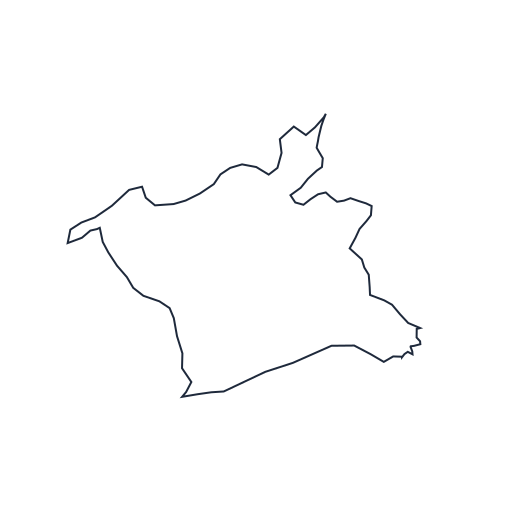 Xylotymvou, Cyprus, rotated 289°
{"feature_id": "46923920B99572561458404", "entity_name": "Xylotymvou", "entity_type": "district", "adm_level": 2, "iso_a3": "CYP", "parent_name": "Cyprus", "parent_adm1": "", "projection": "robinson", "projection_center": [33.75, 35.02], "detail": "fine", "context": "isolated", "style": "outline", "palette": "slate", "viewbox_px": 512, "rotation_deg": 289, "n_neighbors": 0, "source": "geoboundaries", "source_scale": "gbopen_adm2", "svg_char_len": 1499}
<svg xmlns="http://www.w3.org/2000/svg" viewBox="0 0 512 512"><g transform="rotate(289 256 256)"><path d="M220.5,71.9L206.9,73.7L216.6,85.5L220.8,88.0L226.1,91.1L229.7,96.9L231.8,99.1L219.4,106.5L211.3,115.2L201.6,127.7L194.0,140.8L185.9,150.3L181.7,162.5L181.7,179.4L178.6,191.3L170.5,198.5L154.5,207.4L140.0,218.1L125.8,222.6L115.8,235.9L104.6,234.2L98.8,232.0L106.3,245.8L112.6,258.1L117.4,269.6L149.5,302.5L167.0,325.7L195.7,356.6L203.3,378.0L200.5,396.3L197.5,411.3L205.7,418.4L208.3,426.8L207.8,427.0L211.6,428.3L214.8,430.7L214.0,436.0L216.7,434.8L220.4,431.7L221.0,431.7L222.5,434.7L226.1,440.1L228.8,438.9L231.2,434.4L239.4,431.7L241.3,434.6L242.2,421.7L247.9,411.0L254.2,400.5L255.8,391.7L256.3,376.5L263.6,373.6L275.0,368.7L280.3,362.2L287.2,357.2L289.2,352.6L293.7,342.1L305.5,344.1L315.3,345.1L324.8,349.0L331.9,351.4L340.9,349.1L341.6,342.9L341.4,335.3L341.4,326.5L337.0,321.2L333.7,315.0L336.3,307.0L338.8,301.3L334.6,294.6L327.5,289.1L319.9,284.2L319.4,275.7L324.7,268.8L335.1,276.1L346.0,280.0L356.6,285.7L361.6,289.4L370.2,287.3L375.3,281.3L378.1,278.1L380.7,277.7L384.6,277.2L388.7,276.5L393.8,276.0L400.4,275.4L407.1,275.4L413.2,275.7L409.3,275.0L396.9,269.9L386.6,263.8L390.7,249.6L374.2,240.5L361.8,246.6L346.3,247.6L337.1,241.5L340.2,227.3L338.1,213.0L330.9,202.9L321.6,195.8L310.2,192.7L296.8,182.6L285.5,171.4L278.3,161.2L271.0,144.0L275.2,132.8L284.4,125.7L277.2,114.5L256.6,103.4L240.1,91.2L230.8,80.0L220.5,71.9Z" fill="none" stroke="#1e293b" stroke-width="2"/></g></svg>